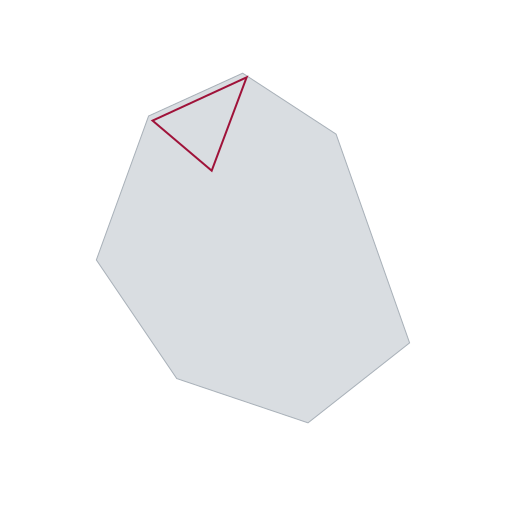 Anabar highlighted on a map of Nauru, rotated 311°
{"feature_id": "NRU-4979", "entity_name": "Anabar", "entity_type": "state/province", "adm_level": 1, "iso_a3": "NRU", "parent_name": "Nauru", "parent_adm1": "", "projection": "orthographic", "projection_center": [166.943, -0.497], "detail": "fine", "context": "in_parent", "style": "outline", "palette": "rose", "viewbox_px": 512, "rotation_deg": 311, "n_neighbors": 0, "source": "natural_earth", "source_scale": "10m", "svg_char_len": 369}
<svg xmlns="http://www.w3.org/2000/svg" viewBox="0 0 512 512"><g transform="rotate(311 256 256)"><path d="M400.5,236.5L291.2,428.9L164.2,404.7L111.5,276.6L148.3,138.1L291.2,83.1L385.2,126.0L400.5,236.5Z" fill="#d9dde1" stroke="#a8b0b8" stroke-width="1"/><path d="M290.3,89.1L384.7,131.7L291.3,166.6L290.3,89.1Z" fill="none" stroke="#9f1239" stroke-width="2"/></g></svg>